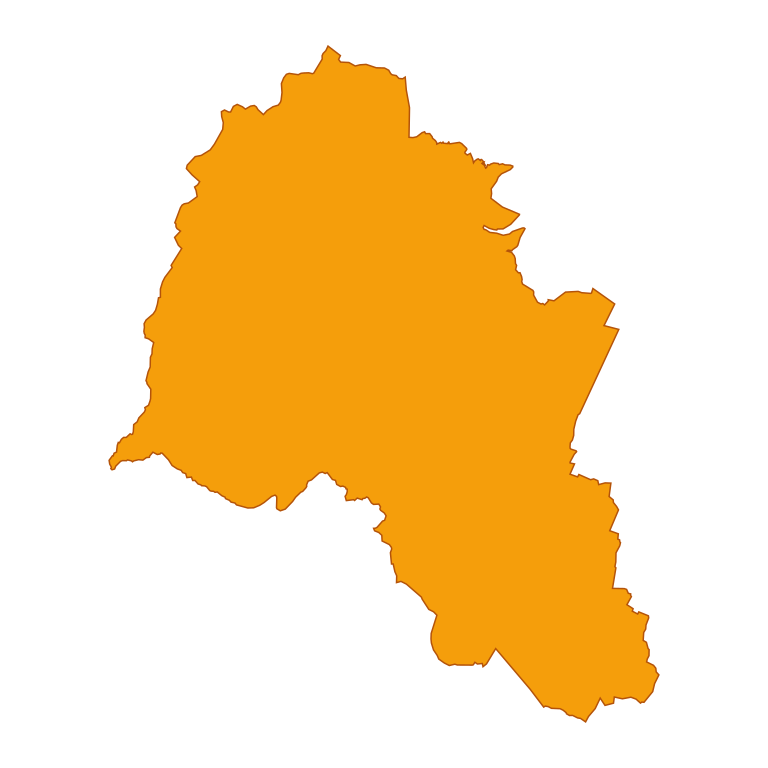 Nikhom Phatthana, Rayong, Thailand (Natural Earth projection)
{"feature_id": "78962969B93638644331760", "entity_name": "Nikhom Phatthana", "entity_type": "district", "adm_level": 2, "iso_a3": "THA", "parent_name": "Thailand", "parent_adm1": "Rayong", "projection": "natural_earth1", "projection_center": [101.132, 12.84], "detail": "fine", "context": "isolated", "style": "filled", "palette": "amber", "viewbox_px": 768, "rotation_deg": 0, "n_neighbors": 0, "source": "geoboundaries", "source_scale": "gbopen_adm2", "svg_char_len": 6087}
<svg xmlns="http://www.w3.org/2000/svg" viewBox="0 0 768 768"><path d="M236.5,504.9L247.8,508.0L253.7,507.8L259.7,505.3L264.1,502.5L271.6,496.4L275.0,495.1L276.5,496.3L276.8,497.9L276.5,507.7L276.9,508.8L280.3,510.8L285.3,509.1L292.6,501.5L295.6,497.2L300.8,492.2L302.7,491.4L305.7,488.1L306.7,486.5L306.6,484.8L308.1,481.2L311.5,479.9L319.3,472.9L322.4,472.1L325.2,473.5L327.2,472.6L332.4,479.5L335.5,480.4L336.7,484.4L340.5,486.5L342.9,486.1L345.6,487.4L346.0,488.9L347.2,489.2L347.2,491.8L346.3,494.7L345.1,496.3L346.3,500.6L353.6,499.7L354.6,500.5L357.2,498.1L362.1,499.7L362.7,498.6L365.0,498.2L366.6,497.0L368.2,497.7L371.4,502.9L373.5,504.4L378.8,504.1L380.5,506.9L379.9,509.0L380.6,510.3L384.2,512.9L386.1,515.8L384.6,520.3L382.5,521.1L377.1,527.3L375.4,528.2L373.6,528.3L374.6,530.8L378.8,532.5L381.8,535.3L382.1,541.0L389.4,544.6L391.4,547.4L391.7,549.0L390.4,552.7L391.5,564.0L393.2,564.0L394.9,571.7L396.7,575.8L396.5,582.6L401.0,581.4L406.4,584.1L421.4,597.1L422.2,599.2L428.8,609.4L433.6,611.8L436.9,615.2L431.2,633.4L431.0,638.9L431.4,643.0L433.5,649.9L437.2,655.4L438.8,659.1L444.3,663.0L449.3,665.5L454.9,664.2L457.3,665.0L472.2,665.1L473.3,664.8L474.9,662.3L477.4,664.0L482.3,663.5L483.0,666.7L486.5,663.9L495.7,648.6L530.2,689.3L543.7,707.1L545.2,706.1L548.2,706.6L551.4,708.3L560.1,708.7L563.1,710.2L566.1,712.6L566.5,713.8L569.5,715.5L572.6,715.4L577.6,717.9L580.5,718.4L585.6,721.9L588.5,716.5L595.2,708.6L600.2,698.1L605.0,705.4L613.5,703.2L614.3,697.0L622.4,698.8L630.9,697.2L636.0,699.1L640.5,703.1L641.8,702.1L644.0,702.3L652.7,691.6L654.6,683.6L658.9,674.9L656.2,671.9L655.8,668.2L653.5,665.3L646.6,661.9L647.3,658.9L649.0,655.7L649.1,649.6L648.1,648.6L646.4,642.3L643.2,640.4L643.7,632.5L645.7,629.1L646.0,625.0L648.7,617.9L648.4,615.8L638.8,611.9L637.7,614.0L632.3,611.2L633.1,608.7L626.9,604.7L631.4,596.6L630.6,595.3L630.7,593.9L628.3,593.3L626.6,589.4L624.3,588.6L612.5,588.4L615.9,567.8L614.9,566.7L615.8,562.0L616.0,552.8L619.7,545.9L620.5,542.6L619.8,541.8L619.6,539.9L617.8,539.1L618.3,533.8L609.7,530.7L618.5,509.9L616.6,506.5L613.4,502.5L613.2,499.9L609.1,496.5L610.9,483.1L605.1,482.9L598.7,484.6L597.8,480.7L593.7,478.9L590.6,479.7L578.9,474.5L577.6,476.9L570.0,474.2L574.5,463.9L570.1,463.0L570.0,462.2L574.2,454.3L576.6,451.7L576.1,450.8L570.9,449.1L570.1,448.3L570.0,446.5L570.3,442.9L572.4,440.0L573.7,435.4L573.8,429.3L575.7,421.1L578.1,414.7L579.7,413.7L618.8,329.4L604.0,325.6L614.7,304.0L592.9,288.5L591.5,293.0L590.7,293.4L581.7,292.7L578.2,291.4L565.5,292.1L554.0,300.8L548.2,299.7L548.3,301.0L544.6,304.9L542.8,303.5L541.0,304.0L537.5,302.2L533.6,295.1L533.7,291.9L532.9,290.4L522.6,284.1L521.7,281.6L522.1,279.5L521.6,276.6L520.0,272.7L518.4,272.8L515.6,269.7L516.6,265.4L515.5,263.6L515.2,258.6L514.3,255.9L511.6,252.4L507.0,251.0L508.1,250.1L511.9,250.7L512.4,249.8L516.8,246.7L517.8,245.3L520.1,237.5L525.0,228.7L524.0,227.9L522.4,228.0L512.5,231.5L509.5,234.0L503.2,235.3L496.8,233.2L489.8,232.4L485.7,229.7L484.1,229.4L483.1,227.5L484.1,225.5L489.2,228.3L493.8,229.6L496.8,230.0L497.4,229.0L503.1,228.9L510.7,224.3L519.4,214.9L519.5,214.3L502.5,207.1L490.9,198.3L491.6,193.6L491.2,188.8L496.6,181.3L498.2,177.2L501.5,173.8L510.3,169.6L512.8,167.1L512.8,166.1L510.1,165.1L505.0,164.9L502.6,163.8L499.2,164.6L498.3,163.5L493.8,163.0L490.6,164.1L489.6,165.1L487.6,164.7L486.5,167.6L485.6,168.1L484.7,166.0L485.3,165.3L483.9,163.0L484.1,162.3L483.1,162.9L483.5,164.6L481.9,163.4L483.7,161.8L481.6,159.5L480.8,159.6L480.3,160.5L478.4,158.9L477.3,159.1L474.9,160.8L473.5,162.8L472.6,158.7L470.4,153.4L467.3,155.0L465.1,153.3L464.9,152.2L466.8,149.5L466.6,148.4L461.7,143.6L459.4,142.4L450.1,143.8L448.7,143.5L449.1,142.3L448.7,142.0L447.4,143.6L443.6,143.2L443.0,142.1L441.8,143.3L440.5,142.4L436.8,144.1L436.7,142.6L435.4,140.6L432.6,138.3L432.1,136.7L429.7,133.6L425.6,133.6L424.6,131.8L422.2,132.6L416.7,136.8L412.9,137.6L409.0,137.3L409.5,107.7L406.3,90.1L405.2,77.1L402.6,78.8L398.8,78.4L396.3,75.6L392.1,74.8L390.7,73.6L388.7,70.2L384.5,68.0L376.3,67.8L366.1,64.4L360.1,64.8L355.2,66.0L348.9,62.5L340.6,62.1L338.6,59.4L340.4,55.6L328.0,46.1L325.9,50.6L323.1,53.5L322.1,55.7L322.2,59.1L313.7,73.2L312.4,73.7L308.8,72.8L303.7,73.0L301.0,73.3L298.3,74.7L289.2,73.4L286.4,74.3L283.7,77.9L281.4,83.6L282.0,92.6L281.1,100.2L280.4,102.3L278.3,105.1L273.0,106.7L267.0,110.6L263.4,114.6L258.0,109.7L256.3,106.9L254.3,105.5L250.6,106.1L245.4,109.1L242.5,106.8L237.2,104.4L233.4,106.4L230.6,112.0L228.6,112.0L224.5,110.0L221.4,111.7L221.7,116.6L223.3,122.6L222.7,129.4L214.4,144.2L210.2,149.9L201.3,155.4L195.2,156.6L187.2,165.2L186.4,168.6L192.0,174.8L199.7,181.7L197.6,184.9L194.6,187.0L196.1,190.5L197.2,196.6L188.4,203.0L184.2,203.8L182.1,205.1L180.5,207.6L174.8,222.8L175.9,223.9L176.0,226.8L177.0,228.6L180.5,231.1L174.6,237.4L178.4,245.3L181.7,248.5L171.1,265.4L172.2,267.6L164.9,277.3L162.6,281.8L160.4,289.0L160.4,297.3L158.5,297.8L157.4,304.2L155.6,310.3L153.2,313.9L146.1,320.0L144.1,323.7L144.4,327.3L143.9,331.3L144.3,333.5L145.2,335.0L145.1,337.7L148.5,338.8L153.7,342.5L152.2,348.7L152.0,353.9L150.4,357.3L150.2,367.0L148.1,372.0L146.0,380.7L146.9,382.3L147.0,383.7L150.8,389.2L150.6,398.6L150.0,401.1L148.5,405.3L144.8,407.6L145.4,409.8L144.3,412.1L138.9,417.8L137.2,421.8L133.7,424.6L133.3,431.9L132.5,434.3L131.6,434.5L130.1,433.8L126.3,437.4L123.6,437.4L121.4,439.3L119.4,442.8L118.3,442.4L117.3,445.3L116.5,452.1L114.1,453.2L113.2,455.9L112.4,455.8L109.1,460.3L109.7,464.1L111.4,467.2L110.8,468.6L112.0,469.8L114.6,469.0L115.7,466.2L120.6,461.3L122.6,460.6L126.4,460.7L127.6,459.9L131.5,460.9L132.5,461.8L133.7,460.9L138.5,459.7L142.9,460.1L146.4,457.6L149.4,457.3L149.8,455.8L152.9,452.2L157.3,454.5L160.1,454.0L160.8,453.0L162.2,453.2L168.5,459.8L172.1,465.5L177.3,468.9L181.1,470.3L182.7,472.6L185.7,473.6L186.9,477.6L191.4,477.1L192.7,480.5L195.0,480.5L198.1,484.0L200.8,484.8L201.6,485.7L204.7,485.9L206.6,486.7L209.7,490.5L211.0,491.1L213.6,491.3L215.0,492.3L217.3,492.0L221.8,495.7L225.1,497.2L225.5,498.6L229.4,500.3L231.0,502.1L234.9,503.0L236.5,504.9Z" fill="#f59e0b" stroke="#b45309" stroke-width="1.5"/></svg>